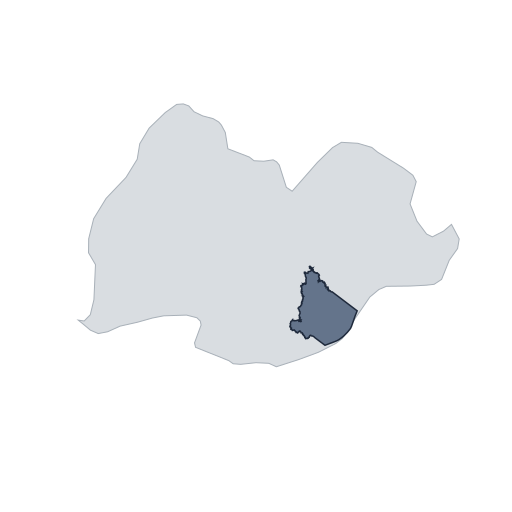 location of Rutsiro, Western, Rwanda, rotated 217°
{"feature_id": "39286606B49553879902836", "entity_name": "Rutsiro", "entity_type": "district", "adm_level": 2, "iso_a3": "RWA", "parent_name": "Rwanda", "parent_adm1": "Western", "projection": "robinson", "projection_center": [29.444, -1.9], "detail": "fine", "context": "in_parent", "style": "filled", "palette": "slate", "viewbox_px": 512, "rotation_deg": 217, "n_neighbors": 0, "source": "geoboundaries", "source_scale": "gbopen_adm2", "svg_char_len": 6717}
<svg xmlns="http://www.w3.org/2000/svg" viewBox="0 0 512 512"><g transform="rotate(217 256 256)"><path d="M209.4,156.2L214.6,156.1L249.3,146.7L252.8,149.6L258.3,167.8L261.3,170.5L266.1,171.1L275.9,167.0L293.7,152.7L301.5,144.0L310.7,131.9L322.4,118.1L328.9,106.2L335.3,99.1L343.7,97.1L353.0,97.6L359.4,97.8L354.1,100.7L353.0,109.4L359.1,123.5L379.0,152.5L391.7,157.8L400.0,169.1L408.1,188.1L410.4,211.9L407.1,240.5L409.1,261.8L416.4,275.7L418.3,293.8L414.8,316.0L410.6,329.3L405.6,333.7L400.0,335.4L392.3,333.9L382.9,335.8L372.8,339.9L366.4,340.6L362.4,339.7L354.9,336.2L343.0,324.7L320.9,331.0L314.9,330.9L306.8,336.4L300.2,343.1L296.2,343.6L292.1,342.6L273.1,329.1L266.1,329.5L263.3,367.6L260.1,388.7L256.2,398.2L242.5,407.3L228.8,412.4L221.3,412.1L191.1,414.9L179.3,414.9L172.8,411.8L164.3,390.3L148.4,380.7L133.0,376.2L126.7,377.4L121.2,388.7L118.9,398.9L104.0,391.9L99.5,383.3L99.1,368.9L93.7,349.0L96.7,340.6L102.5,335.1L114.9,324.7L133.7,310.2L137.7,303.2L140.4,291.7L139.2,264.9L137.4,242.2L139.6,234.2L148.2,216.7L159.7,198.8L173.1,179.8L181.2,178.0L191.8,170.8L203.1,160.2L209.4,156.2Z" fill="#d9dde1" stroke="#a8b0b8" stroke-width="1"/><path d="M206.5,279.5L206.1,279.0L205.9,279.0L205.9,278.6L205.5,278.5L205.2,278.9L204.8,279.1L204.2,278.5L203.3,278.5L203.2,278.2L203.1,277.8L203.2,277.1L203.5,276.7L203.5,276.4L203.7,276.1L203.8,276.0L204.3,275.4L204.9,275.0L204.7,274.4L204.5,274.2L204.2,273.5L204.6,273.4L205.0,272.6L205.0,272.8L205.5,272.6L205.8,272.7L206.2,272.6L206.3,272.5L206.6,272.7L206.8,272.6L207.1,272.6L207.3,272.3L207.5,272.2L207.3,271.9L207.3,271.6L206.6,271.1L206.2,271.2L205.7,271.0L205.4,270.9L204.6,269.7L203.6,269.3L203.5,269.1L202.7,268.8L202.2,267.9L202.0,267.2L200.8,265.8L200.1,264.7L199.9,264.7L199.7,264.6L199.7,264.1L199.4,263.9L199.4,263.3L199.7,263.2L199.9,263.3L200.0,263.2L200.2,263.4L200.3,263.2L200.5,263.3L200.6,263.2L200.9,263.3L200.9,262.9L201.1,262.9L201.1,262.4L201.3,262.4L201.5,262.3L201.4,262.2L201.6,262.0L201.4,261.9L201.5,261.8L201.4,261.6L201.6,261.6L201.3,261.4L201.5,261.1L201.3,260.8L201.5,260.2L202.0,260.0L202.3,259.4L201.6,259.0L201.6,258.7L201.4,258.8L201.3,258.7L201.0,258.8L200.8,258.4L200.1,258.0L199.7,257.3L199.3,257.0L199.4,256.3L199.0,255.9L198.8,255.9L198.8,255.6L198.6,255.5L198.3,255.4L198.5,255.2L198.4,255.0L198.0,255.1L198.3,254.4L197.9,254.2L197.6,254.4L197.5,254.1L197.3,254.0L197.1,253.6L196.7,253.8L196.3,253.7L195.9,253.1L195.7,253.1L195.7,252.8L195.4,253.0L194.9,252.6L194.4,252.4L194.4,252.2L193.9,252.6L193.7,252.5L193.9,252.3L193.6,252.0L193.5,251.6L193.6,251.2L193.3,251.0L193.1,250.5L192.8,250.4L192.7,249.9L192.6,249.4L192.4,249.3L192.5,249.1L192.4,248.6L192.2,248.6L191.8,248.2L191.6,247.9L191.6,247.2L191.9,247.1L191.9,246.9L191.7,246.6L191.7,246.3L191.0,245.9L190.8,245.9L190.7,245.2L190.8,245.0L190.6,244.9L190.2,244.5L190.2,244.2L190.4,243.9L190.4,243.4L190.1,242.4L190.5,242.0L190.5,241.6L190.9,241.3L190.8,240.4L191.0,239.7L190.5,239.3L189.5,239.2L188.4,238.2L188.2,238.3L187.8,238.0L187.2,237.9L186.8,237.2L186.3,236.8L186.2,236.2L186.2,235.8L186.0,235.5L186.0,235.3L185.7,234.3L185.0,234.0L184.7,233.7L184.6,233.4L183.8,233.5L183.7,233.2L183.3,232.9L183.3,232.5L183.4,232.3L183.2,232.0L183.3,232.0L183.2,231.9L183.3,231.8L183.1,231.5L182.8,231.6L182.6,231.4L182.3,231.5L182.3,231.8L181.8,231.7L181.7,231.8L181.7,231.6L181.6,231.2L181.1,231.3L181.0,231.0L180.6,230.9L180.7,230.5L181.3,230.4L181.7,230.1L182.0,230.0L182.5,230.1L182.6,229.7L183.0,229.9L183.5,230.3L183.9,230.3L184.3,229.5L184.7,229.1L184.8,228.8L185.2,228.5L185.8,227.8L186.1,227.5L186.7,227.5L187.0,227.0L187.3,226.9L187.5,227.0L188.0,226.8L188.4,227.2L188.5,226.4L188.2,226.0L188.3,225.6L188.6,225.1L188.7,224.7L188.6,224.2L188.3,223.9L188.0,223.1L188.1,222.7L187.6,222.2L187.2,222.1L186.9,221.8L186.6,221.0L186.6,220.5L186.7,220.4L186.5,220.1L186.4,220.2L186.0,220.1L185.9,219.9L185.7,219.9L185.6,220.0L185.5,219.9L185.3,220.0L184.9,219.8L184.7,219.5L184.4,219.4L184.2,219.5L184.1,219.0L184.3,218.6L184.2,218.5L184.0,218.4L183.9,218.5L183.6,218.6L183.0,218.8L182.6,218.7L182.2,218.4L181.8,218.7L181.6,219.1L181.4,219.3L181.2,219.8L180.9,220.0L180.5,219.9L180.3,219.8L179.9,219.8L179.4,219.6L178.8,219.5L178.8,219.4L178.3,219.5L178.1,219.3L178.0,219.5L177.6,219.3L177.1,219.6L176.9,219.5L176.4,219.6L176.6,220.4L176.3,220.8L176.3,221.1L176.1,221.2L176.0,221.4L176.2,221.5L176.3,221.9L176.1,222.2L176.1,222.3L175.5,222.6L174.2,222.2L174.0,221.9L173.7,221.7L172.9,222.4L172.7,222.2L172.0,222.2L171.7,222.0L171.7,221.5L171.5,221.4L170.7,221.6L170.3,221.2L170.1,221.4L169.8,221.4L169.4,221.1L169.2,221.2L168.6,221.0L168.3,220.6L168.1,220.6L168.0,220.4L167.7,220.5L167.5,220.2L167.3,220.3L166.5,219.9L166.1,220.6L165.5,220.8L165.5,221.1L165.2,221.5L164.9,221.6L164.8,221.9L164.8,222.1L165.1,222.4L164.6,223.2L164.9,223.6L165.1,224.6L164.9,225.4L164.6,225.6L164.4,225.3L163.5,225.6L162.8,226.1L161.5,226.4L159.7,226.2L147.2,226.2L141.4,235.3L140.1,237.6L139.4,239.2L138.7,241.4L138.1,243.6L137.7,245.4L137.1,250.0L136.9,254.9L137.4,257.3L140.7,267.6L142.2,273.1L173.6,273.2L174.2,272.7L174.6,272.6L175.8,272.9L176.1,272.7L176.3,272.5L176.5,272.2L176.8,272.0L177.1,272.3L177.6,272.3L177.8,272.2L177.9,272.3L178.0,272.3L177.9,272.4L177.8,272.8L177.6,272.8L177.7,273.0L178.2,273.0L178.5,273.3L178.6,273.2L178.8,273.3L178.9,273.2L179.2,273.9L179.9,273.7L179.9,274.0L180.0,274.1L180.0,274.3L180.2,274.2L180.3,273.8L180.5,273.8L180.7,273.2L180.9,273.6L181.1,273.6L181.3,273.4L181.8,273.8L182.1,273.9L182.2,273.5L182.7,273.5L182.9,273.8L182.7,274.3L182.7,274.6L183.0,274.4L183.3,274.4L183.4,274.6L183.7,274.6L184.0,274.9L184.1,275.5L184.5,275.7L184.5,275.3L185.0,275.3L185.2,276.1L185.8,276.3L186.0,276.1L185.9,275.9L186.0,275.5L186.6,275.6L186.8,275.4L187.1,275.7L187.7,275.7L188.0,275.9L188.0,276.1L188.5,276.0L188.8,275.7L189.1,275.6L189.4,274.8L189.7,274.4L189.7,274.1L190.0,273.9L190.3,273.6L190.7,273.4L190.7,273.0L190.8,273.1L191.6,273.6L191.4,273.9L191.4,274.5L191.1,274.8L191.1,275.2L190.8,275.3L190.9,275.6L191.6,275.6L191.6,275.9L191.7,276.1L192.2,276.4L192.4,276.6L192.7,276.7L192.9,276.9L193.3,277.0L193.4,277.3L193.7,277.4L194.0,277.8L193.7,278.4L194.0,278.5L194.4,279.0L194.5,279.2L195.7,279.2L196.1,279.3L196.4,279.2L196.9,279.4L197.1,279.4L197.3,279.2L197.0,278.8L197.4,278.5L198.2,278.5L198.7,278.2L199.0,278.4L199.4,278.4L199.7,278.0L200.3,278.4L200.5,278.2L201.1,278.5L201.3,278.3L202.0,279.3L202.2,279.0L202.3,279.3L202.8,279.1L203.4,279.4L203.4,279.8L203.2,280.0L203.6,280.3L203.6,280.5L204.0,279.9L204.2,280.0L204.6,279.9L204.8,280.0L204.9,279.8L205.1,280.0L205.3,279.7L205.6,279.8L205.7,279.6L206.0,280.1L206.3,280.0L206.6,280.3L206.9,280.1L207.0,279.7L206.9,279.5L206.5,279.5Z" fill="#64748b" stroke="#1e293b" stroke-width="1.5"/></g></svg>